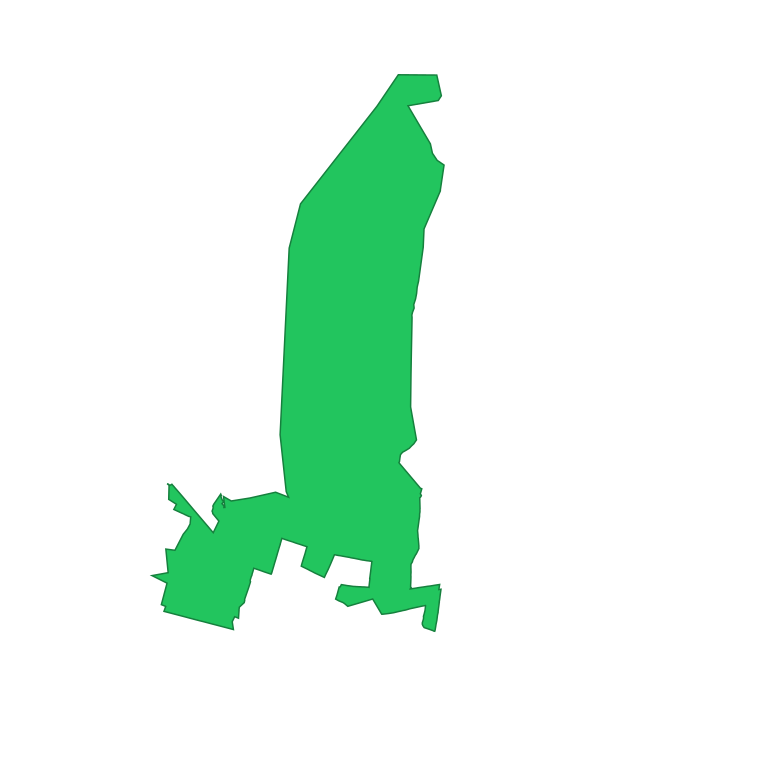 outline of San Pablo Etla, Oaxaca, Mexico, rotated 296°
{"feature_id": "50627088B64488594618490", "entity_name": "San Pablo Etla", "entity_type": "district", "adm_level": 2, "iso_a3": "MEX", "parent_name": "Mexico", "parent_adm1": "Oaxaca", "projection": "natural_earth1", "projection_center": [-96.767, 17.155], "detail": "fine", "context": "isolated", "style": "filled", "palette": "green", "viewbox_px": 768, "rotation_deg": 296, "n_neighbors": 0, "source": "geoboundaries", "source_scale": "gbopen_adm2", "svg_char_len": 5206}
<svg xmlns="http://www.w3.org/2000/svg" viewBox="0 0 768 768"><g transform="rotate(296 384 384)"><path d="M97.3,356.3L103.8,351.8L109.4,351.8L109.7,355.9L117.1,352.9L117.4,352.6L117.6,352.6L118.0,352.5L120.0,351.8L126.2,354.2L128.4,353.7L129.5,353.1L141.8,351.6L147.8,350.7L148.1,350.2L148.6,349.9L150.1,349.5L150.4,349.5L152.3,349.2L153.3,349.1L153.7,349.2L155.8,348.7L156.5,348.6L157.9,348.4L159.4,348.1L161.3,347.7L161.9,352.0L162.3,355.4L162.7,359.2L163.4,364.4L163.6,365.9L165.1,365.7L165.1,365.9L167.9,365.4L170.3,365.0L171.6,364.8L174.3,364.3L179.4,363.5L181.0,363.2L182.3,363.0L184.0,362.7L184.4,362.6L188.7,361.9L191.0,361.5L194.5,361.0L194.6,360.9L200.5,359.9L200.9,363.3L201.4,367.0L202.0,370.9L202.4,374.7L203.0,378.6L203.5,382.5L204.0,386.1L201.6,386.5L198.3,387.1L198.1,387.2L192.1,388.1L185.9,389.1L184.0,389.5L184.0,391.7L184.0,393.5L184.0,395.4L184.0,397.5L183.9,398.6L183.9,400.1L183.9,401.9L183.8,404.0L183.8,405.6L183.9,409.8L184.0,415.2L187.1,415.1L192.0,415.1L192.9,415.1L198.6,414.9L205.8,414.5L208.8,414.3L208.9,414.5L209.1,415.2L209.7,417.6L210.2,419.2L210.4,419.7L210.9,421.5L211.2,422.6L212.3,426.5L212.9,428.5L213.1,429.3L213.3,430.4L213.7,431.8L213.8,432.1L214.2,433.4L215.6,438.8L215.7,439.2L215.7,439.3L216.1,440.9L216.5,442.3L216.7,442.7L217.0,443.8L217.7,446.2L217.8,446.4L218.4,448.1L219.2,450.7L219.2,450.9L217.6,451.4L216.3,451.9L215.3,452.2L209.3,454.3L207.2,455.0L204.9,455.8L202.7,456.5L202.7,456.8L200.8,457.4L194.6,459.6L194.5,459.0L194.3,458.6L193.5,456.8L193.3,456.1L192.5,454.3L191.9,453.0L191.4,451.7L190.8,450.4L190.2,448.9L189.8,448.0L189.3,446.7L188.6,445.1L187.8,442.6L187.7,442.3L186.8,439.6L186.7,439.4L186.2,437.6L185.0,433.6L183.7,433.6L182.9,433.6L182.4,433.5L181.9,432.7L173.5,434.3L169.5,434.8L169.3,438.3L169.6,443.1L169.3,445.0L168.3,448.9L178.3,459.9L185.8,468.1L180.2,476.6L177.9,480.1L176.6,482.0L176.1,482.9L176.7,484.0L178.4,486.7L179.9,489.0L181.5,491.3L182.7,493.0L183.2,493.6L185.6,496.5L186.7,497.9L187.8,499.3L188.6,500.2L188.9,500.6L189.0,500.8L190.4,502.6L193.4,505.9L201.2,515.8L203.1,518.4L203.0,518.5L199.4,519.8L198.6,520.1L194.9,520.9L192.5,521.3L191.3,522.0L190.5,522.3L189.4,522.6L186.2,523.1L184.9,523.7L183.8,524.9L182.7,526.8L182.7,527.2L183.0,529.4L183.4,532.5L183.8,536.1L183.7,536.8L183.9,537.5L184.0,538.0L184.3,538.0L184.7,537.9L185.6,537.7L188.0,537.0L189.3,536.6L190.9,536.1L192.9,535.6L194.8,535.1L198.0,534.0L199.7,533.4L202.3,532.8L203.2,532.4L206.1,531.4L209.1,530.4L211.9,529.4L212.1,529.4L212.3,529.2L214.6,528.5L216.4,527.9L217.5,527.5L222.4,525.9L224.5,525.2L223.3,523.4L228.2,521.9L227.0,520.2L225.5,518.0L223.5,515.2L223.0,514.5L222.2,513.3L221.2,511.7L219.2,508.9L217.6,506.5L215.9,504.0L214.7,502.4L211.3,497.4L212.1,497.3L212.8,497.8L213.4,496.8L215.4,495.9L217.5,495.0L222.6,492.7L224.4,491.7L224.8,491.6L225.0,491.5L226.7,490.8L228.6,489.8L229.2,489.5L231.1,488.5L231.6,488.3L231.9,488.1L232.9,487.7L233.7,487.3L233.8,487.3L234.3,487.3L236.7,487.5L237.0,487.4L237.7,487.2L239.1,487.1L239.6,487.1L241.0,487.2L242.4,487.2L243.3,487.2L244.3,487.3L244.8,487.3L245.2,487.5L246.3,487.5L247.9,487.5L249.2,487.5L250.8,487.5L251.7,487.4L252.2,487.1L252.4,486.9L252.5,486.8L252.8,486.7L253.4,486.5L253.5,486.5L253.8,486.3L254.0,486.2L254.6,485.8L255.5,485.3L258.3,483.6L260.0,482.6L260.5,482.3L260.8,482.0L263.2,480.7L266.5,478.7L267.0,478.4L269.3,477.7L275.1,475.8L277.5,475.0L280.4,474.1L283.2,472.8L283.3,472.8L283.5,472.8L284.1,472.6L284.3,472.5L284.5,472.5L284.6,472.4L285.0,472.3L285.2,472.2L286.4,471.6L287.4,471.1L287.6,471.1L297.4,466.0L297.9,466.2L298.4,466.4L299.0,466.5L299.5,466.5L300.1,466.5L300.4,466.1L300.7,465.7L301.0,465.2L301.2,464.8L303.0,464.5L304.7,464.2L306.4,463.9L306.4,463.4L306.3,462.8L306.3,462.4L318.7,434.3L319.8,431.9L321.1,431.9L324.6,430.7L327.7,429.8L330.8,430.6L334.0,432.8L337.3,434.9L340.5,435.9L343.3,437.0L348.0,437.7L375.0,418.0L405.0,403.8L420.0,396.8L456.0,380.1L458.2,378.8L461.0,378.2L465.4,377.8L468.5,375.9L474.2,375.1L479.7,373.6L485.5,371.4L491.5,370.0L524.1,359.3L540.9,352.0L582.1,350.0L582.1,349.9L607.1,342.0L608.3,333.8L612.6,326.4L620.2,320.4L631.3,303.6L644.6,283.6L662.6,308.5L668.2,309.2L684.8,296.0L668.4,261.7L668.2,261.3L630.5,255.9L509.3,230.0L464.6,239.2L292.8,312.9L273.7,324.9L244.4,343.3L240.4,347.9L239.2,334.0L222.7,313.4L211.9,298.0L212.5,289.1L203.3,295.1L202.8,294.2L204.2,293.7L205.4,290.8L207.1,291.3L208.1,291.2L208.8,289.5L211.3,286.8L212.4,286.7L213.5,285.5L202.7,283.9L201.5,283.7L199.2,283.7L198.7,284.3L197.1,284.9L195.4,285.1L194.4,285.2L193.7,286.0L192.4,287.0L188.4,295.7L175.5,295.7L187.4,268.4L194.2,253.0L198.5,243.0L198.5,242.9L199.3,241.1L199.8,240.0L200.6,237.9L200.9,237.3L199.9,236.6L198.9,235.9L198.6,235.7L199.3,234.9L199.4,234.3L199.4,233.8L199.4,233.3L199.3,232.8L198.8,235.2L185.9,241.1L185.8,242.4L184.9,250.2L179.1,250.1L179.3,259.3L179.4,266.5L179.9,268.5L173.2,271.1L167.6,270.9L166.6,270.7L160.9,269.4L147.4,269.1L142.9,269.0L140.0,260.3L119.8,272.7L110.1,259.5L109.9,276.3L88.1,280.6L88.4,285.3L83.2,285.9L87.3,306.4L87.5,307.4L88.5,312.6L88.6,313.1L90.4,322.1L91.1,325.3L93.0,334.9L93.5,337.3L93.6,337.8L93.7,338.3L96.1,350.3L96.8,353.8L97.3,356.3Z" fill="#22c55e" stroke="#15803d" stroke-width="1.5"/></g></svg>